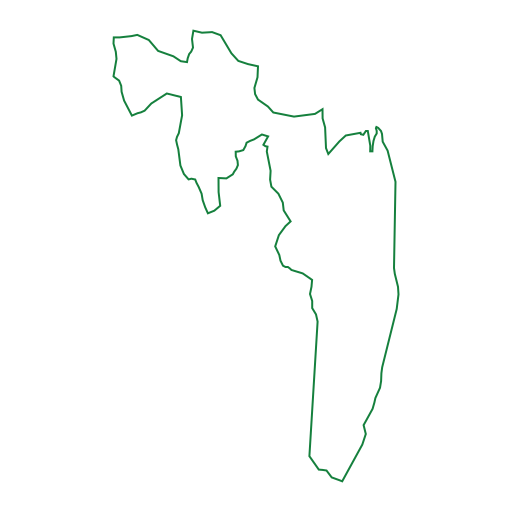 outline of Ampāra
{"feature_id": "LKA-2451", "entity_name": "Ampāra", "entity_type": "District", "adm_level": 1, "iso_a3": "LKA", "parent_name": "Sri Lanka", "parent_adm1": "", "projection": "natural_earth1", "projection_center": [81.481, 7.125], "detail": "fine", "context": "isolated", "style": "outline", "palette": "green", "viewbox_px": 512, "rotation_deg": 0, "n_neighbors": 0, "source": "natural_earth", "source_scale": "10m", "svg_char_len": 2107}
<svg xmlns="http://www.w3.org/2000/svg" viewBox="0 0 512 512"><path d="M360.5,132.8L360.8,134.2L363.3,134.8L365.9,131.0L367.8,131.0L370.3,145.8L370.2,151.3L370.3,151.3L372.4,151.3L372.4,151.1L372.7,146.0L373.5,140.9L374.8,136.6L376.7,133.5L376.7,131.0L376.6,130.5L375.9,128.2L376.4,127.0L378.2,127.9L381.0,131.0L382.0,133.9L382.7,141.7L387.6,150.6L395.5,181.8L394.0,268.0L394.8,273.8L398.0,286.8L398.5,294.4L396.7,309.0L382.2,367.2L381.4,373.2L381.1,381.1L380.0,387.8L375.4,398.0L374.4,402.5L372.6,408.8L366.5,419.9L363.6,425.1L365.8,434.0L362.3,444.6L342.2,481.3L339.4,480.2L331.7,477.4L326.5,470.5L322.4,469.9L318.8,469.6L309.4,456.2L317.6,321.6L316.0,314.4L312.2,308.1L312.2,301.0L310.0,294.0L311.5,286.7L312.1,279.9L302.7,273.4L291.5,270.0L289.8,268.4L287.9,267.0L285.5,267.0L283.0,265.7L280.5,260.7L279.3,255.0L275.2,246.4L278.9,235.1L285.5,226.1L290.6,221.4L283.7,210.4L282.8,202.6L278.4,193.7L271.4,186.7L270.1,179.6L270.6,170.8L266.8,151.5L267.5,146.6L265.4,146.2L263.4,144.8L268.1,136.4L261.9,134.5L254.0,139.4L250.1,140.9L246.6,142.7L245.5,146.1L243.3,150.1L238.9,151.4L235.7,151.7L235.8,156.4L237.5,160.8L237.9,165.1L236.4,168.7L234.2,171.7L232.8,174.3L226.4,178.4L218.5,178.0L218.6,192.1L220.2,205.8L214.3,210.7L207.9,213.3L205.2,207.3L202.7,200.2L201.6,193.7L198.7,187.0L196.5,182.8L195.2,179.5L191.4,178.7L188.6,179.4L183.9,174.0L180.4,165.5L178.3,149.3L177.1,144.8L176.1,140.2L177.0,136.9L178.8,133.2L182.1,115.3L180.9,97.0L166.8,93.5L151.3,103.5L144.6,110.7L140.8,112.4L137.6,113.2L131.9,115.6L124.1,100.6L121.6,91.8L121.2,85.8L119.1,80.6L114.4,77.2L113.5,76.3L116.5,58.9L115.8,51.8L113.5,43.6L113.8,37.4L119.7,37.4L131.5,36.1L137.3,34.9L148.8,40.0L158.1,50.9L173.4,56.3L180.8,61.2L187.0,62.1L187.7,58.3L189.2,54.0L191.2,51.6L193.0,47.6L192.0,39.0L193.4,30.7L202.0,32.7L212.1,32.1L220.6,35.2L231.4,53.3L238.3,60.9L248.0,64.1L258.0,66.3L257.5,77.3L254.4,88.0L255.1,94.1L258.0,99.6L267.9,106.5L273.3,112.5L294.0,116.6L315.0,113.9L322.5,109.2L322.6,118.4L325.1,127.4L326.0,148.1L328.3,154.0L339.4,141.4L345.8,135.5L354.5,133.9L360.5,132.8Z" fill="none" stroke="#15803d" stroke-width="2"/></svg>